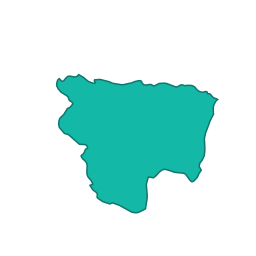 an SVG outline of Elbasan, rotated 35°
{"feature_id": "ALB-1524", "entity_name": "Elbasan", "entity_type": "County", "adm_level": 1, "iso_a3": "ALB", "parent_name": "Albania", "parent_adm1": "", "projection": "robinson", "projection_center": [20.152, 41.052], "detail": "fine", "context": "isolated", "style": "filled", "palette": "teal", "viewbox_px": 256, "rotation_deg": 35, "n_neighbors": 0, "source": "natural_earth", "source_scale": "10m", "svg_char_len": 2367}
<svg xmlns="http://www.w3.org/2000/svg" viewBox="0 0 256 256"><g transform="rotate(35 128 128)"><path d="M196.6,92.8L203.4,101.6L206.3,106.8L207.2,111.8L207.1,115.8L208.4,118.8L212.1,120.4L212.2,121.1L212.3,124.7L213.0,128.2L213.0,129.4L212.4,133.5L211.8,134.8L210.8,135.5L208.9,135.3L202.2,133.0L201.2,132.9L200.4,132.9L198.9,133.5L191.7,137.5L190.2,138.0L189.1,138.2L182.7,140.3L181.5,141.0L180.3,142.3L179.2,145.2L178.8,147.1L178.4,150.6L177.8,153.0L177.3,154.3L172.8,156.4L174.8,162.4L175.9,164.4L181.7,171.3L183.8,174.3L188.7,184.2L186.0,189.4L184.4,191.8L182.0,193.6L179.1,194.8L165.2,196.3L158.2,198.2L156.7,200.6L149.6,202.8L143.7,202.9L142.3,202.4L141.9,201.7L141.1,200.1L139.8,199.2L138.2,198.9L135.4,198.9L133.8,198.5L129.7,196.8L131.4,194.2L130.0,193.3L128.0,192.2L123.8,191.2L121.8,190.1L120.2,188.6L115.7,181.7L114.1,180.4L111.9,179.6L109.0,179.3L106.5,178.5L105.6,177.8L105.6,176.8L106.2,174.8L106.2,173.8L106.1,172.7L105.5,170.7L105.5,169.9L105.6,169.3L106.3,167.7L105.7,166.7L105.2,166.5L103.6,166.0L102.0,166.4L97.6,169.2L83.0,167.6L79.0,168.9L71.6,167.0L70.6,166.2L69.0,164.7L67.3,161.6L66.9,160.3L66.7,159.0L66.8,157.8L67.6,153.8L67.6,152.7L67.2,147.4L67.3,146.6L68.7,144.0L69.0,139.7L66.5,138.8L65.8,139.0L64.4,139.1L63.1,138.4L61.2,137.0L59.4,136.7L52.8,137.1L48.4,136.0L45.7,134.5L44.2,132.7L43.4,130.7L43.0,129.3L43.0,128.4L43.3,127.0L47.1,127.7L47.7,127.1L48.3,126.2L48.4,124.2L48.5,122.5L49.1,120.2L50.6,118.8L54.9,116.9L56.0,115.8L56.6,114.9L57.0,112.5L62.8,112.1L68.5,112.6L72.1,111.9L74.4,111.0L75.2,110.1L75.3,109.6L74.7,109.2L73.6,108.9L73.1,108.3L73.0,107.7L77.3,104.2L86.0,100.9L90.0,100.1L98.0,96.2L99.3,95.2L104.8,89.3L107.1,85.9L109.7,83.0L111.2,82.1L112.3,82.0L113.1,82.7L114.3,83.2L115.9,83.5L117.0,83.2L118.1,82.5L120.9,79.8L122.1,79.1L125.2,78.8L128.1,73.5L132.2,70.3L134.0,69.4L143.8,66.9L144.6,66.2L145.1,65.5L146.2,62.9L147.3,61.8L147.7,61.5L148.4,61.3L149.5,61.0L150.2,60.7L150.9,60.3L151.4,59.6L154.2,57.6L155.5,56.8L157.0,56.3L158.6,56.2L160.3,56.4L162.3,57.1L164.9,57.2L166.4,56.9L167.7,56.5L168.9,55.6L170.7,53.5L171.7,53.1L172.4,53.2L173.3,54.2L173.9,54.1L174.5,53.6L175.2,53.2L176.3,53.1L178.5,53.8L180.8,54.2L183.4,53.4L185.1,53.2L184.6,55.1L184.7,57.3L185.2,60.2L186.2,62.5L190.2,67.9L190.3,68.0L190.2,68.5L191.2,75.2L193.5,83.9L194.3,87.2L196.6,92.8Z" fill="#14b8a6" stroke="#0f766e" stroke-width="1.5"/></g></svg>